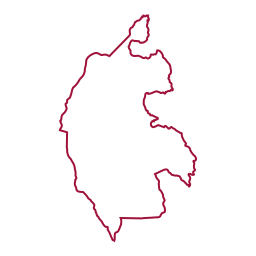 Cabanas, La Paz, Honduras (Natural Earth projection)
{"feature_id": "27666195B79825163063269", "entity_name": "Cabanas", "entity_type": "district", "adm_level": 2, "iso_a3": "HND", "parent_name": "Honduras", "parent_adm1": "La Paz", "projection": "natural_earth1", "projection_center": [-88.001, 13.995], "detail": "fine", "context": "isolated", "style": "outline", "palette": "rose", "viewbox_px": 256, "rotation_deg": 0, "n_neighbors": 0, "source": "geoboundaries", "source_scale": "gbopen_adm2", "svg_char_len": 5804}
<svg xmlns="http://www.w3.org/2000/svg" viewBox="0 0 256 256"><path d="M148.1,15.6L147.6,15.6L146.7,15.4L145.6,16.2L145.0,16.4L144.5,16.2L143.8,15.6L143.3,15.6L142.8,16.4L142.6,17.3L142.3,17.4L141.9,17.0L141.3,17.9L140.8,18.9L140.0,19.5L139.5,20.2L137.0,20.9L135.9,21.7L135.1,22.1L133.9,25.1L133.2,25.8L132.7,26.9L132.3,27.3L131.6,27.5L131.0,27.9L130.4,28.6L129.9,29.4L129.7,30.3L129.8,32.3L130.0,33.6L129.8,34.9L129.5,35.5L109.4,56.1L106.7,54.9L105.4,54.6L104.3,54.6L102.0,55.0L101.2,55.0L98.9,53.8L96.9,53.0L96.3,52.9L94.6,53.2L92.3,54.2L89.9,55.6L88.1,57.2L86.4,59.8L85.8,65.1L84.8,69.3L84.8,71.2L83.8,74.3L83.3,75.2L82.5,76.3L79.9,79.1L78.3,81.8L76.8,84.0L74.7,86.3L73.1,87.6L72.1,90.0L71.3,93.6L70.1,97.3L69.7,97.9L69.1,98.2L68.7,98.7L67.9,99.3L67.1,100.1L67.1,102.0L66.9,102.7L66.7,103.1L66.0,103.4L65.6,103.9L65.6,104.9L66.6,108.1L66.6,108.9L66.4,109.6L64.9,112.2L62.6,114.5L62.0,115.4L61.5,116.8L61.4,118.5L61.2,119.4L60.9,120.2L60.4,120.6L60.2,121.0L60.3,121.4L60.7,121.6L60.7,122.6L61.7,124.7L61.9,125.5L61.4,127.2L61.0,127.9L60.4,128.7L59.9,130.2L67.1,132.3L66.8,147.7L67.1,148.4L67.2,151.9L67.7,154.1L68.5,156.2L69.1,157.1L71.0,159.3L71.4,160.2L73.6,163.9L74.4,166.1L74.7,167.4L74.8,168.8L75.5,171.6L75.6,173.7L75.5,175.4L76.4,178.0L75.1,180.3L75.2,181.4L74.8,183.1L74.8,184.2L75.2,185.7L75.9,187.1L76.7,190.2L77.3,190.9L78.4,191.5L80.5,191.9L82.9,192.0L83.4,192.3L86.3,195.3L87.5,197.0L88.3,198.4L90.6,200.0L91.2,201.3L92.2,202.1L94.0,204.2L94.3,204.6L94.3,205.0L94.2,206.2L93.8,207.5L93.9,208.4L94.2,209.0L94.9,209.5L95.3,210.1L95.6,211.1L95.8,212.4L96.4,213.4L96.8,215.0L97.2,215.9L98.2,216.6L99.0,218.3L100.2,219.8L101.4,221.0L103.4,224.5L104.7,226.1L105.8,226.9L107.3,226.9L107.7,227.2L107.8,227.5L107.7,229.5L109.4,232.5L111.6,237.8L112.1,238.5L112.3,239.5L112.6,239.9L113.0,240.2L113.9,240.2L114.3,240.6L114.7,239.4L114.7,235.7L114.8,234.3L115.1,233.3L115.6,232.7L117.5,231.8L118.2,231.2L119.2,229.1L121.0,224.6L121.2,223.0L121.3,221.0L121.1,219.3L120.6,218.0L141.7,218.4L143.6,218.1L152.6,217.6L156.4,217.3L158.2,217.3L159.1,217.0L160.1,216.4L161.7,213.4L164.7,212.0L165.0,210.5L164.8,208.3L164.5,207.2L163.4,205.1L163.2,203.9L163.2,203.3L163.5,202.4L164.6,200.7L164.6,200.0L163.6,198.0L163.3,197.0L163.1,196.6L163.1,195.9L163.0,194.8L162.6,193.9L161.3,191.5L160.6,190.5L159.7,189.8L159.2,188.6L158.8,184.1L158.8,183.2L159.0,181.8L158.9,181.0L158.2,179.8L157.0,178.5L156.0,176.7L155.7,175.4L155.0,174.0L164.2,169.7L165.9,169.4L166.9,169.5L167.4,169.8L167.9,170.4L168.3,171.0L168.6,171.9L169.0,172.4L170.3,173.1L171.8,174.8L173.6,175.2L174.4,175.5L175.8,175.6L176.7,175.5L177.4,175.8L178.8,176.0L179.6,176.4L180.2,177.3L180.8,178.3L181.2,179.5L181.5,179.9L181.8,180.2L183.2,180.8L183.5,181.2L184.3,181.6L185.4,183.0L186.2,183.5L186.5,184.2L187.0,184.7L188.4,184.9L188.6,185.2L188.6,185.7L188.8,185.8L188.9,186.3L189.1,186.5L189.3,186.4L189.7,185.9L190.1,184.9L190.1,183.9L189.3,182.3L189.2,181.7L189.5,180.5L190.0,179.6L190.2,177.9L189.8,176.8L188.7,175.2L188.6,174.9L188.6,174.4L189.0,173.9L189.6,173.8L190.2,173.9L192.3,174.9L193.1,174.9L193.7,174.8L193.9,174.6L193.9,174.3L193.2,173.0L193.1,172.0L193.5,171.5L194.7,170.6L195.0,169.8L195.0,169.6L194.2,168.5L194.0,167.9L193.9,165.9L194.3,163.2L193.6,161.9L193.4,161.3L193.6,160.9L195.0,160.8L195.7,160.1L196.1,159.1L195.8,157.8L195.2,156.5L192.9,154.3L191.6,152.5L190.5,150.7L189.9,148.7L189.4,147.8L188.7,147.2L187.8,146.6L185.9,146.0L185.4,145.7L185.3,145.0L185.9,144.0L186.0,143.4L183.8,140.5L182.1,136.8L181.9,136.1L181.7,133.7L181.5,133.1L179.9,132.7L179.3,132.2L176.1,130.4L174.5,128.9L173.3,128.4L171.4,127.0L170.8,127.2L169.5,128.5L169.0,128.7L168.4,128.5L167.4,127.4L166.7,126.9L165.7,126.0L165.4,125.9L164.9,126.0L164.0,127.2L158.2,125.1L155.2,126.6L153.8,127.1L153.0,127.1L152.1,126.7L151.2,125.7L150.9,124.8L150.9,123.4L151.3,122.5L152.2,121.6L152.2,121.3L152.5,121.1L153.0,121.0L153.8,121.3L153.9,120.6L153.9,120.3L154.1,120.1L155.0,120.3L155.6,119.9L157.3,119.3L157.8,118.9L157.7,118.0L157.5,117.7L156.0,117.4L155.1,116.7L152.7,115.6L152.2,115.2L151.1,115.4L150.4,115.3L149.8,113.8L148.6,113.5L148.0,112.9L147.6,110.8L147.4,110.7L146.6,110.7L146.2,110.3L145.6,108.9L145.1,107.2L143.7,104.2L143.8,100.0L145.0,96.9L145.4,94.1L145.8,93.6L146.5,93.0L147.1,92.9L147.9,93.0L148.3,93.9L148.9,93.9L150.3,93.5L151.3,93.3L154.2,92.0L156.0,91.4L156.6,91.3L157.5,91.5L158.2,91.9L159.5,92.2L160.7,93.0L161.6,93.0L162.9,92.4L164.4,93.5L164.9,93.6L165.3,93.4L165.5,92.3L165.7,92.0L166.5,92.0L167.3,91.4L168.2,91.1L168.9,91.0L169.8,91.1L170.3,90.5L170.9,90.0L171.7,90.3L172.5,90.3L172.7,90.1L172.8,89.5L172.7,88.9L171.9,88.1L171.9,87.6L171.4,86.3L171.4,85.8L171.6,84.4L171.4,83.5L171.0,83.0L169.8,82.2L169.5,80.1L168.6,78.9L168.4,78.4L168.5,77.9L169.0,77.4L169.2,77.1L168.9,75.9L168.9,75.5L170.7,73.4L170.9,72.7L171.0,70.4L170.5,68.2L170.4,67.1L169.7,64.7L166.9,61.4L165.4,59.2L163.1,57.4L162.9,57.0L162.9,55.5L161.4,52.6L160.9,52.3L160.2,51.4L158.9,50.6L157.8,50.4L157.2,50.4L156.5,53.1L155.6,54.3L154.1,54.3L153.1,54.7L151.0,54.5L150.8,54.7L150.4,56.6L150.2,57.0L149.0,58.1L148.0,58.5L147.7,58.5L145.8,57.4L144.1,58.2L143.5,58.0L142.3,57.7L141.2,56.8L138.1,55.7L135.6,56.0L133.3,55.9L131.8,55.1L131.0,54.2L130.7,53.6L130.5,52.7L130.5,50.6L129.0,48.2L128.6,46.6L129.6,44.8L130.1,42.9L130.9,41.5L131.4,40.9L132.1,40.4L132.5,40.4L133.5,40.6L134.4,41.0L135.9,40.9L136.9,41.1L138.6,41.1L139.0,41.3L139.6,42.2L140.0,42.6L140.4,42.8L141.3,42.8L141.9,42.5L142.5,42.7L143.4,42.5L145.6,41.3L147.1,39.7L147.1,38.4L147.3,37.5L147.7,36.8L148.5,35.8L148.8,35.0L148.6,34.2L148.1,33.4L147.9,32.8L148.0,32.0L148.5,30.5L148.4,29.2L148.0,28.1L147.1,26.9L147.0,25.3L147.1,24.7L147.5,23.7L147.7,23.0L147.4,20.3L147.7,20.1L148.5,20.5L148.9,19.1L148.7,18.5L147.8,16.8L147.8,16.1L148.1,15.8L148.1,15.6Z" fill="none" stroke="#9f1239" stroke-width="2"/></svg>